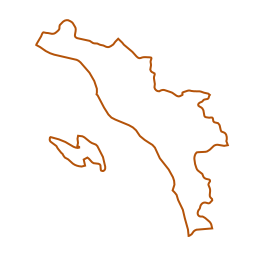 outline of Niigata, rotated 277°
{"feature_id": "JPN-1867", "entity_name": "Niigata", "entity_type": "Prefecture", "adm_level": 1, "iso_a3": "JPN", "parent_name": "Japan", "parent_adm1": "", "projection": "orthographic", "projection_center": [138.832, 37.638], "detail": "fine", "context": "isolated", "style": "outline", "palette": "amber", "viewbox_px": 256, "rotation_deg": 277, "n_neighbors": 0, "source": "natural_earth", "source_scale": "10m", "svg_char_len": 3759}
<svg xmlns="http://www.w3.org/2000/svg" viewBox="0 0 256 256"><g transform="rotate(277 128 128)"><path d="M28.3,201.3L34.5,199.9L45.6,195.3L53.5,192.4L62.7,186.5L67.5,184.4L69.6,182.3L71.5,179.9L77.4,181.0L81.2,180.2L84.6,178.6L91.8,173.4L101.8,163.3L111.8,157.1L114.2,154.3L115.9,150.7L118.2,146.0L121.5,140.8L126.7,136.3L129.2,132.7L130.9,128.5L134.8,114.4L136.3,110.3L139.0,106.9L145.4,101.7L156.8,93.8L157.5,92.7L159.5,92.8L163.2,92.3L170.5,88.8L172.5,87.3L178.2,83.0L187.3,72.9L188.7,70.7L189.4,68.7L191.8,45.8L192.7,41.6L194.4,36.9L197.6,30.9L199.2,26.8L199.3,26.8L200.4,27.1L208.4,30.6L210.7,31.2L211.9,31.7L212.6,32.3L212.6,33.1L212.5,34.1L212.4,35.3L212.5,37.0L212.2,41.1L212.6,42.9L213.4,44.2L214.5,45.3L215.6,46.3L216.9,47.3L218.1,47.8L220.6,47.6L221.9,47.8L225.5,50.5L226.2,51.3L226.9,52.2L227.5,53.7L227.7,55.4L227.0,57.6L226.3,59.2L225.4,60.4L222.2,62.9L221.0,63.7L219.6,64.1L217.6,64.2L214.2,64.0L212.9,64.1L211.7,64.9L211.0,66.5L209.8,79.4L208.1,82.8L207.9,84.2L208.1,87.3L207.3,89.7L207.1,90.9L206.9,93.5L206.0,96.2L205.8,97.5L206.0,99.1L207.1,100.9L209.1,103.2L212.1,104.9L215.4,107.4L212.0,111.9L210.2,113.7L204.1,123.1L200.0,127.8L199.0,129.4L198.7,130.6L198.9,131.7L199.2,132.4L199.7,133.4L200.1,134.6L200.4,136.2L200.8,141.2L200.6,142.5L199.7,142.8L197.2,142.3L196.1,142.4L194.1,143.0L192.9,143.2L188.7,143.0L187.3,143.8L186.6,144.6L185.4,147.7L184.5,148.0L181.8,147.6L180.5,147.7L174.9,149.3L171.6,149.3L170.1,150.0L168.9,151.3L168.3,152.6L168.2,153.6L168.3,154.7L169.1,155.7L169.7,156.9L170.1,158.2L170.1,159.6L168.8,166.1L168.4,167.6L165.9,172.3L165.5,174.0L165.8,175.4L167.0,177.3L167.5,178.0L168.3,178.0L169.0,177.7L169.8,177.8L170.3,178.5L172.2,182.5L172.6,183.6L172.7,184.8L172.5,186.3L172.5,189.0L173.1,194.7L173.0,196.0L172.3,199.1L171.9,203.4L170.8,205.2L169.6,204.6L168.7,204.5L167.6,204.3L166.6,203.6L165.6,200.5L165.2,199.8L164.5,199.2L164.3,199.1L163.8,198.8L163.2,198.3L162.8,197.7L162.1,196.4L161.7,196.0L161.0,195.2L159.9,194.8L158.8,195.1L158.1,196.2L157.3,198.2L156.7,199.1L156.5,199.4L154.7,200.7L149.4,202.3L148.6,202.9L148.2,204.0L148.1,207.3L148.5,208.9L148.6,210.2L148.0,211.0L145.1,211.9L144.3,212.8L144.1,213.8L143.8,216.7L143.1,217.5L141.9,218.6L137.2,220.3L135.9,221.1L135.2,223.9L134.6,225.1L133.4,226.2L131.1,227.1L128.9,227.4L127.0,227.2L123.1,229.2L122.0,225.6L122.3,219.0L122.0,217.5L121.2,215.9L120.3,215.0L116.5,211.9L114.4,209.4L113.8,207.8L112.5,200.4L112.1,199.1L111.9,199.0L110.4,198.1L108.9,197.7L107.2,197.5L105.5,197.6L100.4,199.0L96.7,200.7L95.2,201.6L94.1,202.9L91.4,207.4L89.1,208.6L88.1,209.4L87.3,210.8L87.0,212.0L86.7,214.9L86.1,215.7L85.0,215.9L83.4,215.1L82.4,214.8L81.7,214.7L81.1,214.9L78.4,216.4L77.2,216.9L75.5,217.2L71.5,217.3L70.1,217.6L69.1,218.3L67.7,220.1L66.4,220.4L63.6,218.3L63.2,217.7L63.0,216.9L63.4,214.1L63.3,212.9L63.0,212.0L62.4,211.1L61.6,210.4L60.2,209.6L58.9,209.3L57.5,209.2L56.3,208.8L54.8,207.9L53.6,207.6L52.3,207.5L51.5,207.6L50.9,207.8L50.2,208.2L49.5,208.9L49.1,209.8L49.0,210.8L49.2,212.9L48.7,214.2L48.0,215.7L44.7,220.6L43.5,221.7L42.4,222.4L38.6,223.8L35.4,208.4L34.5,206.9L33.4,205.8L30.3,204.1L28.5,202.0L28.3,201.3ZM104.0,79.9L107.1,80.2L111.2,79.2L114.2,79.4L114.2,83.8L113.4,85.9L109.7,91.8L108.7,93.9L107.6,98.1L106.3,99.8L96.1,106.7L86.8,110.1L84.9,110.3L83.9,110.1L83.1,109.6L82.4,108.8L82.2,107.7L82.5,106.5L83.2,106.1L87.5,105.2L88.4,104.5L88.9,103.1L88.9,98.1L89.8,96.3L92.7,93.0L93.7,91.3L91.3,87.9L85.4,90.0L84.1,86.7L84.1,84.1L84.4,81.8L85.0,79.6L86.0,77.5L89.6,72.4L91.0,68.9L92.7,67.3L94.4,66.1L95.1,64.9L99.1,60.8L101.4,59.1L105.0,52.8L105.8,52.1L106.8,51.7L108.9,51.7L109.5,52.2L109.4,53.4L108.3,60.8L106.5,67.5L102.7,76.3L102.2,78.4L102.1,80.6L102.6,81.9L103.3,81.8L104.0,79.9Z" fill="none" stroke="#b45309" stroke-width="2"/></g></svg>